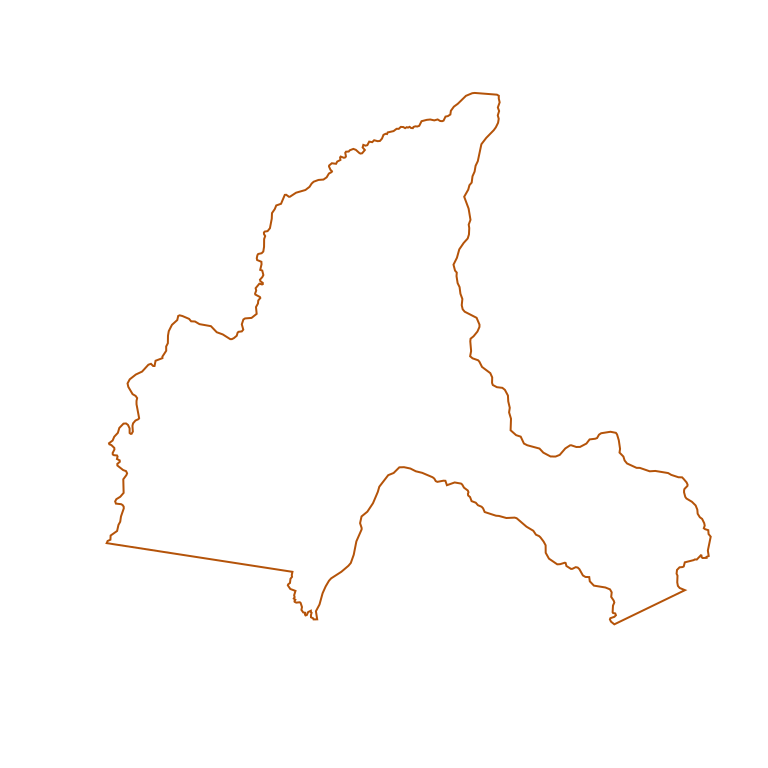 San Francisco, Antioquia, Colombia (Mercator projection), rotated 171°
{"feature_id": "7082276B5434508812128", "entity_name": "San Francisco", "entity_type": "district", "adm_level": 2, "iso_a3": "COL", "parent_name": "Colombia", "parent_adm1": "Antioquia", "projection": "mercator", "projection_center": [-74.988, 5.874], "detail": "fine", "context": "isolated", "style": "outline", "palette": "amber", "viewbox_px": 768, "rotation_deg": 171, "n_neighbors": 0, "source": "geoboundaries", "source_scale": "gbopen_adm2", "svg_char_len": 6144}
<svg xmlns="http://www.w3.org/2000/svg" viewBox="0 0 768 768"><g transform="rotate(171 384 384)"><path d="M682.8,270.2L503.8,212.8L505.0,209.7L505.0,207.9L506.8,206.3L508.0,202.2L510.0,201.1L510.5,200.2L508.6,196.2L503.8,193.5L505.8,189.4L505.6,187.5L506.7,186.2L505.3,184.8L506.4,183.6L506.3,182.8L504.9,181.8L501.3,181.6L500.6,180.8L499.9,176.5L500.9,173.8L499.5,171.0L497.7,170.4L498.1,168.6L497.7,167.7L496.4,167.9L494.6,170.6L491.7,171.5L491.8,170.0L491.3,169.4L492.3,167.2L492.6,165.0L490.6,163.6L490.4,162.5L486.8,162.0L486.8,170.2L482.2,176.3L477.4,186.9L473.3,193.2L469.1,198.3L466.6,200.3L455.5,205.2L447.6,210.0L444.8,212.4L440.6,220.1L435.9,232.9L428.9,243.8L428.6,245.2L429.4,250.3L426.9,256.7L420.4,260.5L413.5,268.0L407.0,278.4L404.7,283.3L394.1,293.3L388.4,294.6L381.9,299.3L377.2,298.7L371.2,296.4L366.2,292.8L360.2,290.3L350.6,284.3L349.1,282.7L348.1,280.0L346.6,279.0L340.4,279.2L338.5,278.8L337.7,274.2L329.6,275.7L323.5,273.6L322.5,272.5L321.2,269.1L317.9,265.7L317.5,263.9L318.3,262.4L318.3,260.7L316.7,258.9L315.8,254.6L311.9,252.4L310.2,249.6L306.8,247.5L305.6,245.7L304.6,241.8L294.0,236.4L291.1,235.7L284.1,232.5L275.9,231.6L274.0,230.7L265.6,220.8L259.5,215.7L257.5,211.4L254.6,209.5L253.5,208.1L251.0,203.4L249.6,199.4L250.7,192.0L248.4,185.7L241.1,178.8L238.3,178.5L233.3,179.2L232.6,178.8L232.3,175.7L228.2,172.1L226.8,172.0L223.3,173.1L221.4,172.4L220.0,170.6L217.5,163.8L215.2,161.9L211.5,161.2L211.6,156.9L208.2,152.0L197.2,148.4L192.9,145.8L191.7,142.6L192.9,138.2L191.0,134.1L190.7,132.1L192.5,129.3L193.9,122.8L193.6,122.0L191.5,121.2L191.1,119.3L192.9,118.0L197.0,117.3L197.7,116.2L197.0,113.8L194.1,110.6L119.0,133.3L123.9,136.3L125.3,138.6L125.4,142.2L124.1,148.8L124.7,150.9L123.7,154.5L120.8,156.7L117.7,156.5L116.5,156.9L114.8,160.8L105.7,161.6L104.4,162.1L102.5,161.7L97.8,165.3L97.3,165.0L97.3,163.1L96.5,162.3L92.6,161.8L92.5,162.8L90.2,163.3L90.2,168.8L85.2,182.1L86.9,185.0L86.6,188.9L89.6,190.4L90.7,191.5L89.4,193.9L89.5,196.4L90.9,201.0L92.9,203.0L94.5,206.8L94.2,210.9L95.2,215.3L98.3,219.5L103.2,223.6L104.1,225.4L104.6,230.1L104.2,232.2L103.6,233.4L100.3,235.8L99.9,237.0L100.5,239.4L103.0,243.5L104.2,245.2L107.7,245.8L114.5,249.3L117.3,251.6L129.7,255.7L135.2,256.2L144.4,261.1L147.7,261.7L156.4,267.5L158.3,270.8L158.9,274.9L162.1,279.4L161.0,283.0L160.9,291.7L161.7,297.7L162.6,299.5L167.8,301.4L177.2,301.4L179.6,300.3L182.0,297.3L183.9,296.9L189.6,297.1L193.4,293.5L200.2,291.2L203.9,291.7L208.7,294.2L209.8,294.3L215.0,292.0L221.5,286.5L225.9,285.5L230.9,286.4L237.4,291.3L240.5,295.9L252.1,301.1L255.1,303.3L257.2,310.6L261.5,312.8L266.2,318.5L264.0,329.8L264.9,336.4L263.5,340.8L264.0,347.4L263.4,353.2L265.5,359.3L267.7,361.7L273.0,363.2L276.7,366.0L277.1,368.2L276.1,373.6L277.3,378.1L284.5,385.5L286.3,391.1L287.3,392.7L292.5,395.5L294.6,397.9L292.8,402.9L292.1,412.7L291.4,415.2L288.1,417.1L283.5,421.2L280.8,425.4L280.4,427.7L282.2,434.9L293.0,442.8L294.6,445.5L294.9,449.7L293.3,455.7L294.4,461.2L294.2,467.9L295.5,472.1L295.5,479.2L294.7,482.7L296.1,484.9L296.7,491.0L292.2,497.3L288.6,505.2L283.2,510.9L278.6,514.6L276.7,518.4L275.4,524.7L275.4,528.2L272.9,532.6L273.0,544.0L275.5,556.4L270.4,562.8L268.5,567.0L265.9,569.2L264.1,575.3L261.3,579.6L259.4,585.2L256.5,589.4L250.3,605.6L244.5,611.1L235.9,617.5L233.4,620.0L230.5,624.1L229.2,628.0L229.6,631.5L227.6,635.6L228.3,639.3L225.7,644.1L226.0,648.1L225.5,650.7L227.2,652.1L248.9,657.3L251.4,657.4L258.0,655.8L267.3,649.2L271.6,647.0L275.2,643.4L276.3,639.8L279.0,638.6L281.4,638.5L284.0,634.8L285.5,634.5L287.4,635.0L289.6,636.9L293.1,636.5L296.9,638.0L300.4,638.2L305.8,637.7L308.8,633.5L310.8,633.1L312.7,633.6L314.6,633.3L315.5,632.2L317.2,632.6L318.5,634.0L320.2,633.5L321.3,634.1L323.1,633.4L324.8,634.8L327.2,635.3L329.5,633.7L331.6,634.1L335.0,632.3L341.0,631.9L341.9,630.4L343.2,630.9L345.5,630.2L347.6,626.7L350.0,624.7L352.2,624.8L355.6,626.3L357.8,624.7L360.7,625.7L363.1,622.5L365.0,622.3L367.0,623.4L368.1,621.0L366.3,618.1L369.5,615.3L371.3,615.3L372.3,616.1L375.2,619.7L377.5,621.0L381.2,620.2L382.5,619.1L385.2,619.4L386.1,618.4L386.0,614.8L386.7,613.9L388.2,613.7L391.2,615.4L391.9,614.7L392.0,612.1L395.4,611.0L396.9,609.0L401.0,610.2L404.0,608.4L404.3,607.4L403.4,604.0L402.1,602.2L402.6,601.5L405.5,600.5L408.3,597.1L411.8,595.4L416.8,595.8L421.8,594.8L424.1,593.3L426.7,590.4L431.3,587.9L440.9,586.7L447.6,583.7L448.6,583.8L451.0,586.2L452.4,586.3L457.5,578.1L462.5,577.2L464.5,573.9L467.9,570.3L469.0,564.8L472.3,555.7L475.1,553.2L478.0,553.2L478.9,552.4L479.1,550.9L478.2,548.7L479.7,546.0L481.0,538.3L482.5,533.7L484.4,532.3L487.9,532.1L488.9,531.0L490.0,528.1L489.9,526.3L486.0,523.9L486.2,521.5L488.4,516.1L486.5,515.1L486.1,510.5L487.4,508.7L490.2,506.4L490.0,504.9L487.9,502.8L488.1,501.6L488.9,501.4L491.4,502.6L495.8,498.7L495.6,496.3L497.2,493.4L497.1,492.5L493.0,489.4L492.7,488.3L495.1,486.2L495.9,483.2L498.4,480.0L498.8,473.2L504.5,470.0L511.0,470.5L512.8,469.7L515.1,465.2L514.5,459.7L516.2,458.2L519.6,458.3L520.6,457.5L521.9,454.7L525.1,452.8L527.3,452.1L528.9,452.4L535.5,458.2L541.1,461.3L545.9,468.2L556.9,472.0L560.9,475.3L564.7,476.1L566.3,478.8L572.5,482.7L575.1,483.8L576.6,483.4L578.2,479.5L584.2,475.6L588.3,469.9L589.8,465.5L591.1,458.1L593.3,455.1L593.9,450.9L598.6,445.7L598.8,444.2L606.0,442.7L607.8,437.7L609.2,437.9L611.0,440.4L613.7,439.9L621.0,434.1L627.6,432.2L634.4,428.4L637.2,424.7L637.0,421.2L633.9,413.3L631.2,411.1L630.0,408.7L631.1,406.0L631.6,402.7L631.2,388.5L632.0,387.7L635.2,386.8L638.0,384.4L639.0,382.0L639.5,376.3L641.1,374.3L642.0,374.4L642.9,375.4L642.2,380.0L643.3,383.7L645.0,385.4L647.5,385.6L652.3,382.0L654.5,377.4L658.7,374.1L660.9,370.6L664.9,368.5L664.7,367.4L662.8,366.3L660.4,363.1L660.5,361.5L662.8,358.3L662.9,356.8L661.8,355.9L658.9,355.2L658.5,354.1L659.5,351.7L657.0,349.9L657.1,348.5L659.9,346.8L660.1,345.2L655.1,339.8L652.4,338.3L651.7,336.0L652.7,334.3L656.4,330.7L658.2,317.2L662.1,313.9L666.4,312.1L667.9,310.1L667.5,307.8L662.4,306.4L661.1,305.3L660.3,303.6L660.5,301.8L664.5,294.3L666.1,289.2L668.3,286.4L670.6,280.6L677.7,277.1L678.6,273.0L681.5,272.2L682.8,270.2Z" fill="none" stroke="#b45309" stroke-width="2"/></g></svg>